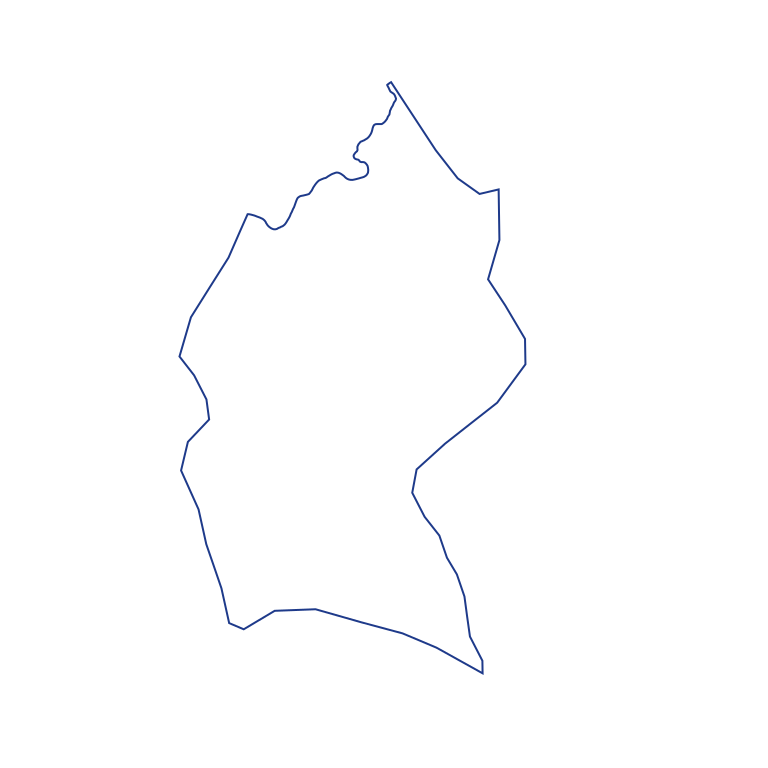 Hyesan City, Ryanggang, North Korea (orthographic projection), rotated 23°
{"feature_id": "82179303B10222488142424", "entity_name": "Hyesan City", "entity_type": "district", "adm_level": 2, "iso_a3": "PRK", "parent_name": "North Korea", "parent_adm1": "Ryanggang", "projection": "orthographic", "projection_center": [128.237, 41.362], "detail": "fine", "context": "isolated", "style": "outline", "palette": "blue", "viewbox_px": 768, "rotation_deg": 23, "n_neighbors": 0, "source": "geoboundaries", "source_scale": "gbopen_adm2", "svg_char_len": 3177}
<svg xmlns="http://www.w3.org/2000/svg" viewBox="0 0 768 768"><g transform="rotate(23 384 384)"><path d="M413.5,160.1L397.7,171.7L371.5,165.9L340.3,148.6L272.6,103.4L272.4,103.7L271.5,104.8L271.1,105.7L270.4,106.7L270.1,107.5L270.7,108.1L271.7,108.9L272.6,109.6L273.4,110.4L274.1,111.0L274.9,111.7L275.7,112.3L277.0,112.6L278.3,112.8L279.8,113.2L280.9,113.9L281.8,114.7L282.7,115.7L283.5,116.5L283.8,117.7L283.7,119.1L283.3,120.5L283.2,121.9L283.3,123.3L283.2,125.2L282.9,126.7L282.9,128.3L282.8,130.2L283.1,131.3L283.4,132.6L283.7,133.9L283.3,135.5L283.1,136.8L283.2,138.7L282.8,140.4L282.5,141.6L282.0,142.9L281.3,144.2L280.7,145.2L280.0,145.8L278.8,146.3L277.7,146.7L276.2,147.4L275.1,147.9L274.3,148.6L273.7,149.5L273.5,150.5L273.5,151.7L273.6,153.1L273.9,154.6L274.1,156.1L274.2,157.6L274.1,159.2L273.8,161.0L273.4,162.6L272.8,164.0L272.2,165.1L271.3,166.2L270.7,167.2L269.7,168.2L268.8,169.2L268.1,169.8L267.5,170.9L267.2,172.2L266.8,173.4L266.8,174.7L266.8,176.0L267.4,177.4L268.2,178.9L268.2,180.3L267.4,181.9L267.0,183.3L266.8,184.4L266.7,185.3L267.1,186.3L267.6,186.9L268.4,187.6L269.7,188.0L271.3,187.9L272.4,187.6L273.5,187.8L274.1,188.1L274.7,188.6L275.6,188.7L276.7,188.5L278.0,187.9L279.5,187.6L280.9,188.0L282.5,188.8L283.7,189.7L284.5,190.8L285.1,191.8L285.8,193.0L286.2,194.1L286.7,195.8L286.5,197.6L286.1,199.0L285.4,200.1L284.5,201.3L283.2,202.4L281.9,203.4L280.6,204.5L279.3,205.5L277.9,206.6L276.2,207.8L275.1,208.5L273.9,209.0L272.8,209.3L271.6,209.5L270.4,209.5L269.3,209.4L268.1,209.1L267.0,208.7L265.9,208.2L264.7,207.9L263.4,207.6L262.4,207.4L261.2,207.3L259.9,207.3L258.8,207.5L257.7,207.9L256.7,208.6L255.9,209.4L254.9,210.3L254.1,211.1L253.2,212.2L252.2,213.6L251.3,214.8L250.4,216.3L249.7,217.2L248.4,218.1L247.4,219.1L246.5,220.0L245.5,221.1L244.6,222.1L243.9,223.6L243.3,225.3L243.0,226.4L242.7,227.6L242.4,229.2L242.1,230.8L242.0,232.6L241.9,234.0L241.5,235.6L241.1,237.2L240.7,238.4L239.7,239.3L238.3,240.4L237.2,241.2L236.0,242.1L234.9,242.8L233.9,243.5L233.1,244.3L232.4,245.4L231.9,246.3L231.7,247.7L231.7,249.4L231.8,251.5L231.9,252.9L232.0,254.5L232.1,256.5L231.9,258.4L231.9,260.3L231.9,261.8L231.7,263.6L231.8,265.9L231.7,267.7L231.5,269.3L231.2,271.2L231.0,272.9L230.7,274.5L230.3,276.0L229.7,277.2L229.0,278.4L227.9,279.4L227.1,280.5L226.1,281.4L225.6,282.0L225.0,282.9L224.2,283.6L223.3,284.2L221.8,284.7L220.4,284.8L219.0,284.7L217.2,284.3L216.0,283.9L214.7,283.3L213.7,282.6L212.6,281.9L211.9,281.2L210.8,280.5L209.8,280.0L208.8,279.7L207.7,279.4L206.5,279.4L204.8,279.3L203.1,279.4L201.4,279.5L200.0,279.5L198.5,279.6L197.1,279.8L195.6,280.0L193.6,280.4L192.3,280.9L192.1,281.0L191.8,299.5L191.5,328.4L185.8,363.2L180.2,398.0L185.0,438.6L205.8,450.2L226.6,467.6L236.9,485.0L226.1,513.9L231.0,542.9L262.3,571.9L283.0,600.9L298.6,618.2L314.2,635.6L334.9,664.6L350.7,664.6L372.0,635.5L409.0,618.1L456.4,612.2L498.5,606.3L535.3,606.2L587.8,611.8L582.7,600.3L561.8,582.9L551.4,565.6L541.1,548.2L525.5,530.8L509.8,519.3L494.2,501.9L473.3,490.4L452.5,473.1L447.4,449.9L463.5,415.1L479.5,386.0L495.5,357.0L506.5,310.6L496.2,287.4L464.9,264.3L438.9,247.0L434.0,206.4L413.5,160.1Z" fill="none" stroke="#1e3a8a" stroke-width="2"/></g></svg>